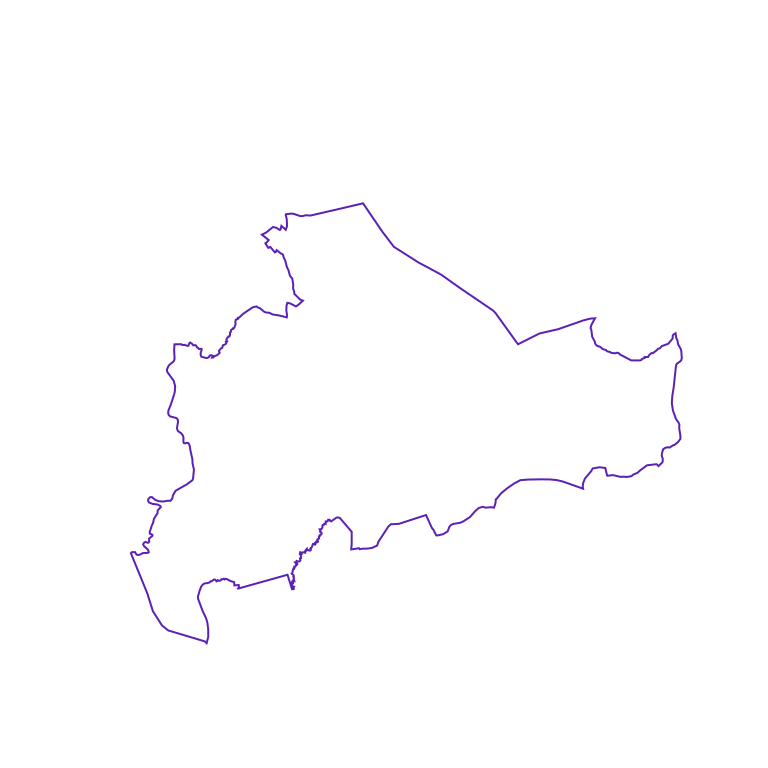 outline of Tha Luang, Lop Buri, Thailand, rotated 342°
{"feature_id": "78962969B70525804812595", "entity_name": "Tha Luang", "entity_type": "district", "adm_level": 2, "iso_a3": "THA", "parent_name": "Thailand", "parent_adm1": "Lop Buri", "projection": "orthographic", "projection_center": [101.191, 15.069], "detail": "fine", "context": "isolated", "style": "outline", "palette": "violet", "viewbox_px": 768, "rotation_deg": 342, "n_neighbors": 0, "source": "geoboundaries", "source_scale": "gbopen_adm2", "svg_char_len": 6155}
<svg xmlns="http://www.w3.org/2000/svg" viewBox="0 0 768 768"><g transform="rotate(342 384 384)"><path d="M91.0,466.7L94.2,510.2L94.0,528.6L98.2,544.9L102.6,551.7L134.0,573.4L135.2,575.7L138.7,570.2L141.1,562.7L142.3,556.1L142.4,551.8L141.4,544.2L140.8,530.6L141.3,528.7L144.6,523.9L147.6,520.1L149.4,518.9L150.7,518.4L152.7,518.3L154.3,518.8L156.9,518.8L158.1,518.0L158.9,518.4L161.7,517.4L162.8,517.7L163.9,520.0L164.7,519.8L165.2,519.2L166.5,520.3L168.2,520.2L169.1,519.5L170.2,519.9L171.3,519.7L172.0,520.6L172.9,520.2L174.7,521.4L177.3,524.1L180.2,526.1L179.5,529.3L183.7,530.3L183.2,532.8L182.0,533.3L182.1,533.5L233.3,535.6L233.1,550.8L234.8,551.1L235.0,550.8L234.9,549.7L235.8,549.0L234.4,547.9L234.4,545.4L235.1,544.4L235.5,545.5L235.9,545.5L236.7,544.0L236.6,542.9L237.1,542.8L237.8,543.4L237.7,541.4L238.5,540.7L238.2,539.4L238.8,539.0L239.0,538.0L237.6,535.8L238.6,535.1L240.2,532.2L241.1,532.2L241.2,531.3L242.0,531.2L242.2,530.0L243.4,530.2L244.2,529.1L245.2,529.1L245.9,528.6L245.9,528.0L244.9,527.5L244.3,526.1L245.9,526.1L246.3,525.3L247.9,526.5L249.3,526.4L249.9,526.0L250.2,523.9L251.2,524.0L251.4,523.0L252.0,522.2L251.5,520.0L252.8,520.1L252.0,518.7L252.3,518.1L253.6,519.1L255.0,519.0L256.9,520.1L257.3,518.6L258.5,518.6L258.5,517.6L259.7,516.9L259.6,518.1L260.3,518.2L261.4,519.3L262.3,519.6L263.4,519.0L263.1,517.6L265.0,516.8L267.0,514.2L267.5,514.3L268.8,515.5L269.5,514.8L269.3,513.8L270.4,513.7L270.7,513.0L271.1,513.0L271.5,513.8L272.6,513.5L272.7,513.0L272.2,512.3L272.6,511.2L274.5,510.9L275.0,508.8L276.0,508.7L276.2,507.9L277.5,507.8L278.4,507.2L278.6,506.3L277.5,504.8L278.2,504.3L277.9,502.3L279.7,502.6L281.1,501.5L281.5,499.9L282.2,499.2L283.2,499.4L284.1,498.4L285.3,499.1L286.1,496.7L287.9,497.2L289.0,495.8L290.3,496.3L290.6,497.8L291.3,498.3L297.5,496.4L298.8,496.6L300.3,497.5L301.0,498.6L307.6,514.6L303.9,526.0L301.7,531.2L309.5,532.5L309.8,533.6L312.4,533.9L317.4,535.4L322.0,536.2L327.6,535.5L329.9,532.3L344.1,520.9L347.2,519.5L354.9,521.6L383.5,521.6L385.0,535.4L386.0,538.1L386.9,544.1L388.2,544.6L393.7,545.1L398.9,543.9L402.3,539.8L404.1,538.8L406.6,538.5L413.6,539.5L416.9,539.2L424.7,537.1L431.6,533.0L435.8,531.2L440.0,531.3L442.4,533.0L448.2,534.4L450.4,535.6L453.2,531.8L454.7,528.2L455.6,528.0L461.6,524.1L468.8,521.3L476.8,518.9L483.9,517.6L491.1,519.3L503.6,523.1L512.5,526.1L518.7,528.8L524.2,532.2L541.0,545.1L541.3,542.9L542.9,539.6L545.8,536.1L554.1,530.9L556.4,528.8L563.4,529.8L568.5,532.3L567.9,540.0L568.1,540.3L573.6,541.4L580.4,545.5L583.0,546.1L586.3,547.5L590.9,548.1L593.0,547.2L597.8,546.8L599.9,545.7L608.9,542.6L618.1,544.4L618.7,544.8L619.7,546.9L624.3,544.7L625.1,543.9L626.0,541.2L626.0,538.0L626.9,535.9L629.2,532.4L631.8,531.6L634.1,531.8L636.0,532.7L640.1,531.6L641.3,531.8L645.8,530.0L649.0,527.7L650.0,524.2L651.0,517.6L652.4,513.7L652.1,511.2L650.9,507.8L650.6,498.5L651.8,491.2L654.6,484.2L658.3,477.1L667.5,456.5L668.8,455.2L672.5,454.1L674.0,453.3L675.2,451.4L677.0,444.3L677.0,442.2L676.0,437.1L676.5,433.7L676.2,430.3L677.0,425.8L674.4,426.5L673.5,427.3L672.6,429.9L666.7,433.6L660.0,433.8L657.2,435.3L655.3,435.2L654.0,436.1L649.2,437.8L648.2,437.3L646.9,437.6L645.1,438.5L643.5,439.9L640.1,438.9L639.8,439.8L637.0,439.9L636.1,440.7L634.8,440.7L626.5,438.0L617.6,428.9L616.5,426.9L615.5,426.3L613.2,426.2L609.9,424.7L608.7,423.3L606.2,421.8L605.7,420.4L602.7,418.3L601.9,416.6L600.6,415.0L598.7,413.8L598.1,413.0L597.4,411.1L597.6,408.9L596.6,403.4L597.9,396.6L597.7,394.7L599.3,392.1L605.0,386.7L600.5,385.6L593.3,385.1L566.7,385.7L547.5,384.0L523.7,387.6L512.0,351.0L510.5,347.9L486.3,316.7L472.0,297.5L454.2,278.9L435.8,256.6L429.4,238.4L419.9,205.7L366.2,201.1L361.6,199.3L358.8,199.2L356.2,198.4L351.0,194.5L348.6,193.3L343.2,192.3L342.8,192.7L342.4,197.4L340.6,203.8L338.2,207.0L335.3,201.9L333.3,205.1L332.5,205.3L329.8,202.1L326.9,200.4L318.6,203.6L314.0,204.2L318.8,211.5L316.6,212.8L314.7,213.5L316.0,218.8L318.2,218.5L320.9,225.1L321.9,225.0L323.3,223.5L326.3,228.1L327.6,229.2L327.9,230.0L327.7,232.8L328.2,236.0L327.8,242.9L328.3,246.1L328.0,252.0L329.3,255.4L328.5,261.1L327.1,264.9L327.1,268.4L326.6,270.6L330.2,277.6L332.6,279.7L327.3,282.1L324.2,283.0L319.7,278.4L317.2,276.9L315.5,279.4L313.9,283.6L313.0,288.7L312.1,290.6L305.6,286.5L299.5,283.4L297.1,280.9L293.7,279.4L292.5,278.4L289.4,273.5L287.5,272.1L286.9,270.9L282.8,270.5L271.8,273.7L266.9,276.0L265.4,276.0L265.3,276.9L262.9,277.1L261.7,279.2L261.4,281.2L258.9,284.3L257.7,284.3L257.3,285.1L256.1,285.0L255.1,285.6L254.5,287.1L253.4,287.4L252.7,289.7L251.8,291.0L250.7,290.7L250.1,291.3L249.2,291.6L247.6,293.5L247.9,295.0L246.7,295.0L246.8,296.1L245.6,297.2L242.8,297.4L241.3,299.6L239.9,299.8L237.5,301.3L237.1,302.1L237.4,303.2L237.1,303.8L233.8,305.1L231.5,305.1L229.8,306.0L228.6,305.7L229.9,304.3L228.8,303.3L227.1,303.1L225.6,304.4L224.0,304.6L222.5,304.1L218.7,301.6L218.6,299.6L219.5,297.4L221.2,295.1L221.3,294.2L219.0,293.6L218.3,292.1L217.5,291.5L217.1,289.3L216.3,288.6L214.5,288.3L213.7,286.1L212.4,284.6L211.5,285.0L210.0,287.0L209.2,287.2L206.2,285.1L204.1,284.5L203.5,283.5L197.0,281.5L194.8,287.1L192.7,295.1L191.9,296.5L190.9,297.5L186.2,299.3L184.3,300.5L182.2,303.0L181.6,304.4L181.7,305.8L185.0,316.0L184.7,321.5L182.8,326.4L181.2,329.1L175.4,337.0L170.8,342.6L169.8,344.7L169.6,346.8L170.6,348.7L176.1,352.3L176.8,353.8L176.5,356.2L173.4,362.1L173.4,364.4L173.6,365.3L175.8,368.0L176.8,370.6L176.7,373.2L175.4,376.7L175.3,378.3L176.5,379.0L178.2,379.0L179.5,379.5L180.0,380.8L180.1,383.0L179.4,387.0L178.5,396.5L177.4,400.2L176.8,406.6L173.3,414.7L172.1,416.3L165.5,418.5L152.9,421.1L149.0,424.5L147.2,427.5L144.9,429.1L141.9,428.1L137.8,427.6L133.6,425.9L130.5,423.4L128.3,419.8L126.6,419.4L124.5,420.4L123.5,422.0L123.8,424.0L127.0,426.6L131.5,428.7L133.7,431.0L133.7,432.0L129.7,434.3L128.7,436.8L123.5,441.2L121.4,444.8L119.4,446.9L115.5,452.3L115.0,453.9L117.1,455.7L116.9,456.8L112.7,458.5L112.0,461.4L111.1,462.1L110.2,462.0L108.6,460.5L106.6,460.9L105.4,462.0L105.6,463.8L108.3,468.6L108.4,471.2L107.1,471.6L102.5,470.3L99.3,470.8L97.3,470.7L96.3,470.1L95.6,468.9L95.4,467.1L92.5,466.0L91.0,466.7Z" fill="none" stroke="#5b21b6" stroke-width="2"/></g></svg>